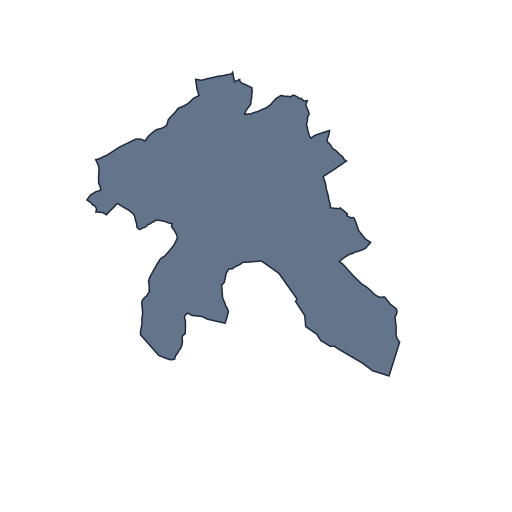 Orlu, Imo, Nigeria (Albers equal-area conic projection), rotated 140°
{"feature_id": "59680162B21498960785654", "entity_name": "Orlu", "entity_type": "district", "adm_level": 2, "iso_a3": "NGA", "parent_name": "Nigeria", "parent_adm1": "Imo", "projection": "albers", "projection_center": [7.037, 5.818], "detail": "fine", "context": "isolated", "style": "filled", "palette": "slate", "viewbox_px": 512, "rotation_deg": 140, "n_neighbors": 0, "source": "geoboundaries", "source_scale": "gbopen_adm2", "svg_char_len": 4824}
<svg xmlns="http://www.w3.org/2000/svg" viewBox="0 0 512 512"><g transform="rotate(140 256 256)"><path d="M395.1,269.9L394.4,242.2L389.3,232.9L387.2,230.6L384.5,229.3L382.3,231.1L379.0,231.8L375.5,233.2L373.1,233.6L369.4,235.8L367.6,237.4L364.4,241.8L360.1,242.1L356.0,246.6L352.0,251.4L350.4,254.8L348.6,256.1L345.0,256.3L343.3,251.7L336.2,244.3L333.8,238.8L322.9,224.4L318.8,226.9L312.8,231.1L311.5,234.9L311.3,237.3L310.3,239.5L308.6,245.2L301.1,255.7L297.2,256.2L290.0,261.9L285.2,263.6L282.6,261.5L278.5,261.1L274.4,259.9L269.8,259.5L266.2,256.5L259.5,251.9L255.0,248.6L249.6,228.0L252.2,196.8L252.2,196.7L254.9,195.8L257.0,178.9L263.3,170.0L259.7,156.9L260.4,152.3L260.7,149.0L259.8,147.4L258.8,143.9L257.3,139.3L254.1,136.8L252.5,131.2L243.4,105.8L240.4,93.0L231.2,78.6L201.3,97.7L201.3,100.0L201.1,101.0L200.9,102.4L200.5,103.3L199.6,105.0L199.2,105.8L198.2,106.9L196.9,108.5L195.0,110.8L194.0,111.9L192.8,113.6L191.9,115.2L191.0,116.6L190.0,117.9L189.4,118.9L188.9,119.7L188.0,120.3L187.0,120.6L186.4,120.8L184.9,121.7L183.8,122.6L182.8,124.5L182.6,125.6L183.0,127.8L183.3,129.0L183.7,131.5L184.2,132.2L184.0,135.0L183.9,137.8L183.9,139.2L183.7,140.9L183.9,142.0L184.6,142.7L185.4,143.1L187.1,144.3L188.2,145.6L189.4,148.5L190.1,151.7L190.2,154.1L190.8,158.6L191.3,161.4L192.8,166.0L193.5,171.2L194.1,177.7L194.4,183.6L194.6,192.2L194.8,194.4L195.9,197.9L193.9,198.2L191.2,198.2L187.8,197.9L184.1,197.3L181.8,196.7L180.4,195.8L178.1,195.5L176.0,194.6L174.6,193.8L170.7,192.4L167.0,191.5L163.9,192.0L159.4,192.8L161.3,198.4L161.0,209.6L159.5,213.3L158.1,217.0L157.0,219.9L156.6,222.8L158.3,223.9L159.6,226.0L160.5,228.6L158.9,229.5L159.3,231.6L159.8,235.0L160.5,237.4L160.4,238.6L161.9,238.9L163.4,240.4L165.6,242.4L168.0,245.2L166.0,247.7L164.2,251.9L163.2,253.9L162.3,254.9L158.8,262.7L156.3,266.5L153.5,273.7L140.7,272.1L128.4,270.9L126.4,270.7L125.6,270.6L126.3,272.7L126.4,274.2L125.8,276.2L126.0,277.9L126.7,279.9L126.8,282.5L127.0,284.4L127.0,286.0L127.8,287.3L128.2,289.5L127.8,291.5L127.5,293.0L127.9,298.1L126.8,299.3L123.3,301.4L120.5,303.4L119.0,304.9L123.1,306.6L131.5,309.9L134.7,310.8L137.8,310.8L138.2,310.8L137.9,312.8L137.8,314.1L136.5,316.7L135.6,318.9L134.2,321.4L133.0,323.8L132.1,324.9L131.2,325.5L130.2,326.1L129.3,326.9L128.6,327.8L127.9,328.6L127.1,329.2L126.3,329.6L124.6,330.2L123.8,331.0L123.2,332.1L122.7,333.7L122.0,336.1L121.2,338.4L120.8,339.5L120.3,340.0L119.9,340.3L119.3,340.6L116.9,341.9L117.4,342.6L119.8,343.9L119.9,346.0L120.0,347.7L121.4,348.4L121.9,350.7L123.2,354.1L124.5,355.6L126.8,355.5L129.2,358.1L131.6,360.0L132.2,361.3L133.8,363.0L135.9,363.1L138.7,363.8L140.7,363.5L144.1,363.2L147.1,362.6L153.1,362.9L157.3,364.4L161.5,365.4L165.9,367.4L168.3,368.1L173.5,371.7L171.6,373.0L170.3,373.8L167.5,374.5L163.7,375.2L162.0,376.1L159.6,378.6L157.3,380.2L155.9,382.0L153.5,384.1L151.0,387.5L153.1,392.3L154.2,394.6L155.8,397.6L156.1,400.2L155.0,401.7L160.5,403.3L158.1,407.6L156.1,411.1L155.8,411.8L157.5,411.2L160.0,412.5L161.9,413.7L163.9,414.6L166.2,415.7L168.0,417.2L170.1,418.4L174.0,420.3L180.5,423.7L183.7,425.1L184.8,425.7L185.5,426.4L186.3,427.4L186.6,427.8L186.8,428.0L187.5,429.0L188.7,430.1L189.2,429.3L191.4,425.8L194.3,421.0L196.5,415.5L202.6,417.0L206.3,416.6L210.2,416.5L214.9,417.4L217.2,418.1L219.5,418.9L221.3,419.1L224.7,418.2L228.1,417.8L233.5,417.2L235.8,416.7L239.5,414.1L240.7,413.5L242.7,413.7L245.5,414.2L249.5,416.0L250.9,416.8L256.2,417.1L261.7,416.9L267.1,415.4L268.4,418.3L269.7,420.1L272.7,422.7L290.0,427.1L306.0,429.1L308.1,430.0L311.8,430.7L314.2,431.6L316.5,432.5L316.7,433.4L317.3,431.3L317.8,429.3L318.4,427.1L319.4,425.0L321.2,422.5L323.3,420.4L324.9,418.7L326.5,416.9L329.7,412.9L330.8,409.4L332.1,406.5L333.7,406.7L335.0,407.1L337.4,408.2L340.9,408.7L343.1,409.1L346.3,408.5L349.5,407.6L348.0,402.1L348.4,400.6L348.3,399.8L347.6,399.0L347.2,398.6L347.3,397.6L347.4,396.6L347.6,395.4L348.4,394.0L350.4,392.7L349.7,392.0L348.8,391.1L347.6,390.0L346.3,388.6L345.4,387.6L345.0,386.5L344.1,383.7L339.0,384.4L332.6,384.8L328.5,385.5L325.6,377.0L324.1,372.9L323.2,368.8L323.0,367.1L323.4,364.4L324.6,362.2L325.5,360.6L326.3,358.2L328.6,354.7L328.7,352.5L327.9,350.9L326.8,350.6L325.3,350.6L323.2,349.6L321.5,349.2L319.9,349.4L318.6,349.6L316.9,348.8L314.0,348.6L312.2,347.9L309.8,347.9L307.8,346.2L303.0,340.2L302.6,339.1L301.3,336.9L299.4,334.7L300.7,333.7L301.9,332.8L302.2,327.8L303.1,323.1L304.6,320.4L311.1,317.4L315.7,316.3L320.4,315.4L326.9,314.6L329.0,315.3L332.0,315.0L337.4,313.3L351.3,307.9L354.7,305.6L356.4,302.7L357.4,301.3L358.8,299.5L359.9,298.8L359.8,297.6L360.6,297.2L363.2,296.5L365.2,295.7L367.5,295.8L369.8,295.5L371.4,295.1L372.8,294.4L374.2,292.8L376.5,289.5L378.0,287.2L380.4,284.1L381.9,283.0L383.5,281.5L387.1,277.1L389.4,275.4L393.4,272.0L395.1,269.9Z" fill="#64748b" stroke="#1e293b" stroke-width="1.5"/></g></svg>